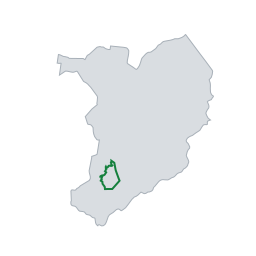 Aweil Centre, Northern Bahr el Ghazal, South Sudan shown in context, rotated 279°
{"feature_id": "79223893B3139508517189", "entity_name": "Aweil Centre", "entity_type": "district", "adm_level": 2, "iso_a3": "SSD", "parent_name": "South Sudan", "parent_adm1": "Northern Bahr el Ghazal", "projection": "albers", "projection_center": [27.174, 8.427], "detail": "fine", "context": "in_parent", "style": "outline", "palette": "green", "viewbox_px": 256, "rotation_deg": 279, "n_neighbors": 0, "source": "geoboundaries", "source_scale": "gbopen_adm2", "svg_char_len": 4066}
<svg xmlns="http://www.w3.org/2000/svg" viewBox="0 0 256 256"><g transform="rotate(279 128 128)"><path d="M206.2,194.1L198.8,201.6L198.3,202.1L197.4,202.7L194.3,202.8L191.2,202.4L188.3,200.6L185.4,202.1L183.6,202.6L182.5,202.8L179.9,203.1L176.2,203.9L174.6,204.9L173.7,205.7L173.0,207.2L172.6,207.4L171.9,207.2L171.0,206.6L169.0,205.8L168.0,204.0L167.1,202.8L166.3,202.3L163.2,204.2L161.8,204.6L160.5,204.6L158.3,203.5L155.8,202.7L154.5,202.7L152.6,203.8L150.4,205.5L149.3,207.2L148.8,208.2L148.0,206.7L147.3,205.7L146.2,205.4L144.1,205.8L143.6,205.2L143.5,204.0L143.2,202.8L142.7,201.9L141.0,201.0L136.9,199.3L133.7,195.7L132.1,194.1L130.9,193.0L129.2,190.2L127.3,188.3L125.0,187.4L123.5,187.9L122.0,189.9L119.1,191.9L117.7,192.0L116.0,190.9L113.8,190.2L109.9,189.9L108.3,190.8L106.2,192.3L104.5,193.2L103.4,193.3L102.3,193.0L101.2,192.8L100.1,192.7L98.1,191.4L97.0,190.4L96.3,189.4L95.1,188.8L93.7,188.2L92.7,187.4L92.2,186.3L91.5,184.9L90.5,183.7L87.3,181.5L86.3,180.2L85.7,178.9L84.4,177.5L83.0,175.6L82.6,172.8L82.5,170.6L82.2,169.6L81.6,168.5L80.9,167.6L79.8,166.7L77.3,165.2L74.6,163.6L73.3,162.6L70.9,162.2L69.5,161.3L68.2,159.2L67.8,157.5L66.5,156.2L66.0,155.3L65.7,154.2L66.7,150.9L65.3,149.8L63.2,148.2L61.7,146.6L60.8,145.0L58.1,143.0L52.3,140.0L48.9,138.1L47.0,136.3L45.4,134.6L45.3,134.0L46.3,132.3L46.5,130.9L45.7,129.4L42.2,126.5L39.4,123.3L37.3,122.3L32.2,121.4L30.7,121.0L29.2,120.4L27.7,119.0L27.2,117.3L28.0,114.6L27.5,113.7L26.7,113.5L26.9,113.0L27.9,111.7L29.4,110.8L33.6,109.5L33.9,109.0L34.0,107.3L34.3,106.5L35.8,104.2L36.0,103.2L36.1,101.3L36.3,100.3L36.7,99.7L37.9,98.5L38.3,97.8L38.4,96.3L38.3,93.3L38.9,92.1L41.6,89.4L42.3,88.2L42.5,87.1L42.5,85.9L42.7,84.8L43.5,83.8L44.1,83.5L46.1,83.1L47.4,83.4L56.7,81.5L57.8,81.8L58.2,82.9L58.2,84.7L58.3,85.5L58.8,86.1L60.3,87.0L61.3,88.4L61.9,88.9L63.4,89.9L70.2,98.0L72.2,98.7L74.1,98.4L77.8,96.8L79.7,96.3L92.8,96.8L94.3,96.6L96.4,100.6L97.3,101.6L111.7,101.6L111.4,100.4L111.6,99.1L114.1,96.6L114.5,96.3L116.7,95.1L118.9,94.3L123.0,93.4L124.5,91.9L125.4,90.6L125.4,87.9L125.9,87.5L126.9,86.9L131.7,84.5L132.5,84.0L141.1,89.4L145.9,93.7L146.2,93.9L146.5,94.0L146.7,93.8L146.9,93.6L147.5,93.4L149.5,93.4L153.4,93.1L154.7,92.6L162.4,84.8L164.3,82.3L164.8,81.8L165.9,80.0L167.0,77.0L167.3,76.6L175.7,69.3L176.0,68.7L176.0,68.2L174.7,65.8L174.4,64.6L174.4,62.7L174.6,59.7L174.5,57.8L174.3,57.3L174.3,57.2L169.5,52.0L181.4,51.8L181.4,51.1L181.4,50.9L181.1,50.2L181.0,49.4L181.0,48.9L181.1,48.5L181.1,48.3L181.0,48.0L181.0,47.9L189.7,47.8L189.6,49.4L188.6,52.9L188.6,55.0L188.4,57.5L188.1,58.2L187.7,58.8L187.6,59.1L187.6,59.3L189.6,72.9L189.4,73.4L189.0,74.3L188.8,74.6L188.8,74.8L189.0,74.9L193.0,76.3L193.4,76.5L194.8,78.3L202.7,84.6L203.0,84.9L203.8,86.9L203.9,87.2L204.0,87.7L204.0,88.1L203.8,89.3L203.9,89.8L204.0,90.2L204.1,90.6L204.1,91.0L202.9,93.4L202.6,95.1L202.5,96.5L202.6,97.3L202.7,97.8L202.8,98.0L206.3,98.0L206.3,98.8L207.0,111.0L207.0,112.4L206.9,114.1L206.5,114.8L205.6,115.8L204.4,116.7L201.3,117.0L198.8,117.0L197.0,116.9L194.5,116.8L192.2,117.0L191.4,117.8L188.4,124.4L187.5,126.0L187.2,127.0L187.5,127.5L188.7,128.3L191.4,129.5L194.4,130.1L196.7,130.4L198.2,130.6L199.4,131.0L203.8,133.9L205.2,135.2L206.0,136.4L206.2,137.7L206.8,139.0L210.8,143.0L214.5,144.9L216.0,147.0L217.4,148.0L218.8,149.2L219.5,150.8L221.2,155.7L222.3,158.3L223.5,160.3L224.0,163.7L224.9,165.3L225.9,167.1L227.4,168.8L229.1,170.0L229.3,170.3L213.4,186.6L206.2,194.1Z" fill="#d9dde1" stroke="#a8b0b8" stroke-width="1"/><path d="M86.3,112.2L86.0,112.1L85.1,112.6L84.8,112.4L84.5,112.5L84.5,112.9L84.3,113.0L84.1,112.7L82.2,112.5L81.7,112.1L80.8,113.4L78.2,112.2L77.3,111.1L77.1,109.8L76.1,108.4L75.6,108.3L75.5,110.0L73.7,109.7L73.2,110.1L72.6,109.9L72.1,109.4L71.7,109.3L70.9,111.1L68.9,111.6L66.3,114.2L64.1,114.8L65.3,122.0L74.6,127.9L77.0,126.5L82.8,123.3L84.5,122.4L91.5,119.9L93.0,116.8L92.3,117.0L91.5,116.5L91.1,116.5L90.8,116.9L89.2,117.3L88.6,118.3L88.1,118.0L87.9,116.8L88.1,116.5L87.6,114.8L86.6,114.5L85.6,113.4L85.7,112.6L86.3,112.2Z" fill="none" stroke="#15803d" stroke-width="2"/></g></svg>